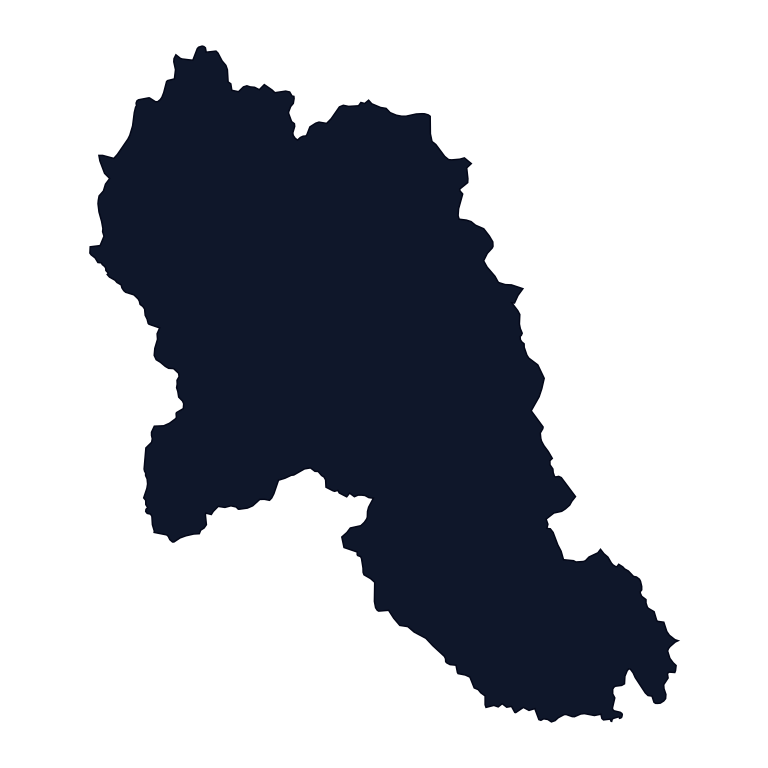 outline of Kim Boi, Hòa Bình, Vietnam
{"feature_id": "81297802B6982011035243", "entity_name": "Kim Boi", "entity_type": "district", "adm_level": 2, "iso_a3": "VNM", "parent_name": "Vietnam", "parent_adm1": "Hòa Bình", "projection": "natural_earth1", "projection_center": [105.524, 20.675], "detail": "fine", "context": "isolated", "style": "filled", "palette": "ink", "viewbox_px": 768, "rotation_deg": 0, "n_neighbors": 0, "source": "geoboundaries", "source_scale": "gbopen_adm2", "svg_char_len": 6076}
<svg xmlns="http://www.w3.org/2000/svg" viewBox="0 0 768 768"><path d="M154.1,532.4L166.7,534.9L168.3,536.4L169.8,539.6L172.5,542.0L173.9,542.0L180.1,537.9L185.9,535.8L193.8,534.0L199.3,533.7L200.7,530.2L204.1,528.0L206.4,524.7L205.4,514.8L205.8,513.1L211.3,514.5L213.2,511.5L218.2,506.4L224.9,507.4L230.9,505.8L236.2,507.0L238.3,509.2L239.4,509.2L247.4,508.1L252.7,505.8L259.8,499.4L264.5,499.3L269.5,500.3L271.7,498.0L273.9,493.7L278.5,480.2L285.0,478.2L291.2,475.3L293.8,475.0L304.5,468.9L310.5,467.9L314.9,471.3L318.2,471.5L321.6,475.5L324.0,477.0L325.6,479.9L326.0,487.2L333.0,490.8L334.6,491.3L337.8,490.4L339.3,493.0L346.7,496.8L349.6,493.1L354.4,496.7L358.1,495.1L361.5,495.1L365.0,495.5L368.8,497.6L373.4,498.2L368.6,507.2L367.5,511.4L367.3,517.1L366.7,518.9L364.3,522.4L360.8,525.7L350.3,528.0L346.9,532.5L341.8,537.0L344.0,547.5L357.2,552.0L357.2,554.7L357.7,555.5L360.6,556.6L361.5,558.5L363.0,568.0L363.1,572.3L364.0,574.8L370.6,578.6L374.7,582.3L374.4,601.4L375.6,607.7L377.3,610.3L378.7,611.1L388.6,610.3L393.7,618.2L399.8,625.4L407.8,626.6L414.2,632.1L425.9,638.3L432.7,645.6L444.4,656.4L445.5,658.7L445.7,661.7L446.8,662.9L450.0,664.6L456.0,665.2L457.4,672.4L458.1,673.6L465.3,675.0L469.9,677.1L474.2,687.9L478.2,689.6L480.8,692.8L485.1,695.9L485.1,704.8L486.0,707.4L493.9,705.4L498.2,706.9L502.2,703.7L506.7,707.2L511.5,706.4L514.8,712.4L515.7,712.6L523.4,707.4L529.0,710.4L534.8,708.6L538.9,719.6L540.9,720.3L543.7,718.8L547.9,719.5L551.4,721.9L555.1,720.6L558.3,717.7L564.1,714.6L566.2,714.5L572.2,716.6L574.5,716.7L580.7,714.0L584.4,713.6L594.4,715.5L600.9,714.2L601.9,718.5L603.5,719.9L610.2,719.1L611.1,721.3L611.7,721.4L612.2,719.3L613.3,718.4L618.4,716.9L619.2,717.0L619.5,718.3L620.8,718.0L621.8,717.0L622.3,714.6L621.9,713.5L620.3,712.3L614.0,710.8L612.6,709.3L612.5,707.8L614.8,697.9L612.7,693.9L612.7,689.2L613.8,687.3L615.3,686.2L621.7,685.4L624.5,683.8L624.9,676.3L627.1,670.9L628.7,668.8L630.4,669.2L633.1,672.8L635.2,677.5L645.3,692.9L648.0,695.5L652.0,696.1L654.0,702.3L655.5,703.3L657.6,703.4L660.4,703.1L663.8,700.9L665.6,698.6L665.9,694.4L664.0,688.7L663.7,684.7L668.1,678.0L667.5,674.0L667.9,673.0L669.2,672.1L674.8,672.5L675.5,670.7L676.1,665.5L673.2,662.8L669.9,658.4L667.6,651.0L668.4,648.7L670.0,646.6L675.3,642.0L678.1,640.7L675.0,639.7L669.4,635.3L666.8,631.5L663.8,622.2L657.4,621.3L656.6,620.1L654.1,611.7L648.3,608.3L647.3,607.0L646.0,603.0L646.0,599.6L641.7,596.3L640.4,593.4L640.2,591.8L641.7,589.9L641.7,586.4L640.5,581.3L639.4,579.2L636.5,577.0L633.5,576.4L628.4,571.0L624.6,568.9L622.8,566.9L618.7,564.3L617.0,566.7L615.6,566.6L613.0,564.9L611.4,563.1L607.9,557.1L603.9,553.7L600.5,549.3L597.9,552.8L589.0,557.0L585.5,560.7L583.4,561.5L575.9,562.0L573.6,560.7L563.5,559.7L561.1,551.2L557.8,544.9L553.1,532.4L550.3,528.8L546.9,528.4L547.9,524.2L546.1,519.1L553.9,513.0L561.7,511.3L565.4,508.9L569.7,505.1L571.8,501.3L575.5,496.6L561.3,477.6L558.7,476.4L555.5,477.0L554.5,476.4L553.2,472.6L552.9,469.0L550.0,464.8L549.9,460.7L552.3,458.4L548.2,451.4L543.9,445.6L541.5,441.1L540.8,438.4L540.3,433.0L542.8,428.7L543.1,427.0L531.2,410.8L539.1,396.8L541.8,388.7L544.2,378.3L537.8,364.9L528.8,358.1L526.9,355.2L524.2,347.3L524.1,343.8L521.7,341.8L520.4,339.7L520.1,336.5L521.4,335.2L522.2,333.2L520.3,328.6L519.4,324.0L519.8,314.5L517.8,310.7L511.7,302.7L514.5,303.0L518.0,295.4L522.9,288.7L511.5,284.9L505.2,284.6L498.8,282.6L498.0,281.8L495.0,276.3L487.1,267.1L483.6,260.8L487.3,253.4L492.3,247.9L493.0,246.3L492.8,241.9L489.4,236.1L483.8,228.8L475.5,225.2L471.1,221.6L466.4,220.1L459.2,219.2L458.5,217.1L458.1,215.5L458.6,208.7L462.7,194.0L460.0,190.9L459.7,189.1L467.7,182.6L467.9,178.8L466.7,167.9L471.3,163.6L464.4,157.9L459.8,159.2L451.6,159.9L448.6,159.6L444.7,156.4L435.9,144.6L432.0,141.5L430.4,133.8L430.2,116.3L428.3,114.9L424.6,113.8L422.0,113.7L416.2,114.0L406.1,116.2L401.5,116.2L396.3,115.2L390.1,112.6L386.1,108.4L380.6,107.5L371.8,103.8L368.6,100.2L364.7,103.5L360.9,102.5L358.5,105.8L348.6,106.4L343.3,105.3L339.4,106.9L331.2,118.7L326.6,123.4L319.0,122.1L315.7,123.2L309.9,126.9L306.9,134.7L305.9,136.0L303.1,136.2L300.3,137.5L297.5,140.1L295.1,138.2L293.2,135.4L292.8,132.9L294.7,126.4L294.4,123.7L291.6,121.6L288.6,113.4L288.6,112.0L290.7,106.5L293.3,103.4L294.1,98.5L293.9,96.4L292.0,96.0L289.7,92.0L285.7,91.1L274.9,92.7L272.1,90.0L264.3,84.6L259.3,89.7L254.6,87.3L250.2,86.9L246.9,85.8L243.4,86.9L238.5,91.7L231.8,90.3L230.8,83.8L228.1,81.9L227.4,69.7L225.9,65.4L222.1,60.9L218.0,53.1L216.0,51.1L206.2,52.2L205.4,47.8L203.8,46.5L202.1,46.1L198.6,47.2L197.3,48.6L193.0,59.8L192.4,60.2L182.2,59.0L180.4,58.4L175.9,54.8L174.0,58.6L173.8,61.8L175.5,69.7L174.4,78.9L167.6,80.6L166.6,81.5L163.7,92.7L161.9,97.3L160.3,99.6L157.7,101.7L155.6,101.8L149.5,97.9L148.4,97.9L138.5,99.8L137.0,100.8L136.1,103.1L136.5,105.8L135.6,107.1L134.3,112.5L132.6,125.9L129.8,135.3L127.9,139.1L117.4,154.4L113.8,158.4L102.6,155.4L98.9,155.4L99.9,160.9L104.6,173.4L109.7,178.5L105.5,184.1L103.4,191.0L99.1,195.9L98.3,200.3L98.0,203.7L99.0,212.0L101.6,221.4L102.9,228.6L102.6,231.7L104.0,236.2L100.1,245.6L90.2,246.8L89.9,253.1L91.2,254.9L95.1,257.9L97.9,262.5L101.5,262.9L102.2,264.5L104.7,266.5L105.7,268.2L105.9,270.6L108.0,272.8L108.0,273.7L107.2,274.5L109.5,277.1L115.0,280.2L117.0,282.5L121.2,284.9L121.9,287.8L123.8,290.7L125.7,292.3L133.8,294.8L138.1,298.9L139.3,301.0L140.1,304.4L142.8,306.4L144.6,309.0L145.2,315.3L147.1,319.1L148.2,323.4L149.1,324.3L159.7,327.9L157.1,333.8L157.5,339.3L154.8,348.4L154.2,355.4L156.2,359.7L160.3,362.2L165.3,366.4L168.6,368.3L173.6,368.6L178.6,373.3L179.1,376.6L177.0,380.3L177.2,384.1L176.6,387.7L177.8,391.4L178.7,397.1L182.5,401.0L183.7,403.7L183.3,408.6L176.5,412.6L176.1,413.7L176.4,417.4L175.6,418.7L169.4,423.3L163.6,425.8L154.3,426.2L151.5,432.2L151.5,435.4L152.3,438.7L151.6,442.3L145.9,447.9L144.1,469.0L144.6,471.3L145.6,472.9L145.6,475.6L147.1,478.8L147.6,484.0L146.9,488.3L143.7,497.9L145.7,500.3L145.8,504.6L147.7,507.6L146.0,509.3L145.7,511.5L147.2,513.4L150.5,514.1L151.9,516.3L152.4,524.7L154.3,531.0L154.1,532.4Z" fill="#0f172a" stroke="#020617" stroke-width="1.5"/></svg>